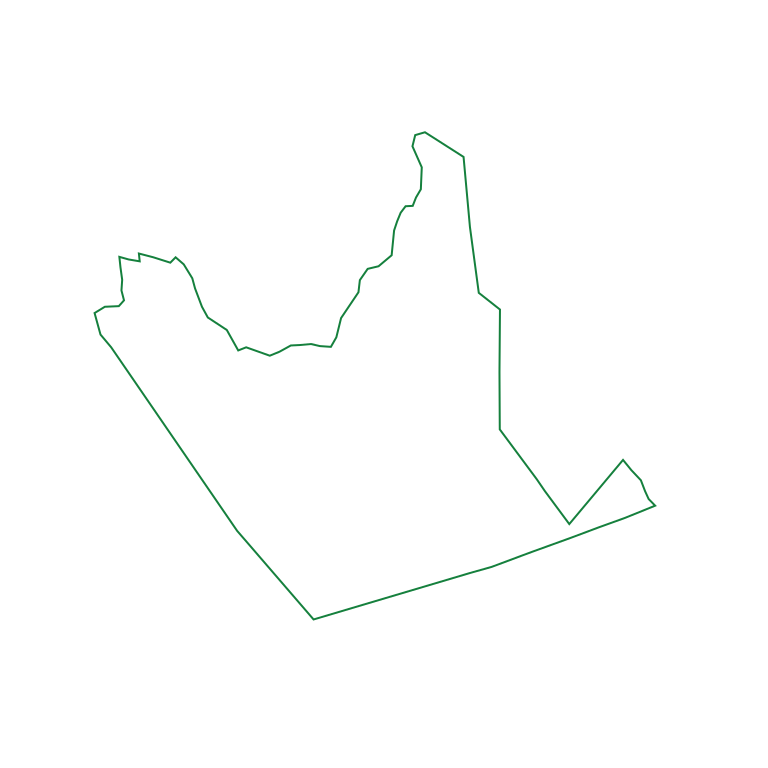 Colônia Leopoldina, Alagoas, Brazil (Equal Earth projection), rotated 320°
{"feature_id": "56859067B882848988861", "entity_name": "Colônia Leopoldina", "entity_type": "district", "adm_level": 2, "iso_a3": "BRA", "parent_name": "Brazil", "parent_adm1": "Alagoas", "projection": "equal_earth", "projection_center": [-35.741, -8.938], "detail": "fine", "context": "isolated", "style": "outline", "palette": "green", "viewbox_px": 768, "rotation_deg": 320, "n_neighbors": 0, "source": "geoboundaries", "source_scale": "gbopen_adm2", "svg_char_len": 1066}
<svg xmlns="http://www.w3.org/2000/svg" viewBox="0 0 768 768"><g transform="rotate(320 384 384)"><path d="M198.6,180.5L177.1,402.1L177.4,421.3L178.7,519.1L328.5,584.1L348.9,593.3L378.8,603.9L390.8,608.2L428.2,621.9L456.2,631.8L482.6,641.5L513.5,651.5L512.8,642.2L515.1,633.9L518.9,622.9L518.1,609.1L518.3,595.8L435.9,610.4L438.4,569.4L439.8,555.2L443.5,493.2L480.2,449.0L520.7,401.5L515.2,375.1L550.8,318.9L590.9,261.2L577.2,217.5L567.9,213.4L558.6,220.2L552.2,242.3L537.4,258.5L528.4,261.7L520.5,266.0L514.8,261.7L506.9,263.5L498.7,267.8L490.4,272.9L472.6,290.3L455.5,290.3L445.5,285.3L432.3,288.9L423.4,297.3L393.5,305.9L377.5,317.6L367.2,321.4L359.3,313.8L353.8,306.5L344.5,300.0L337.4,294.6L324.7,292.1L314.7,288.9L302.0,267.3L293.9,264.6L298.3,241.6L291.8,219.8L294.2,207.8L300.7,189.3L305.1,179.8L307.5,163.6L305.8,153.0L298.3,153.7L288.7,138.6L280.1,126.5L275.7,133.0L268.4,124.4L263.0,116.5L257.2,125.1L250.4,135.9L243.0,143.6L238.6,152.8L230.9,153.9L219.8,145.4L207.9,143.6L198.6,163.9L198.6,180.5Z" fill="none" stroke="#15803d" stroke-width="2"/></g></svg>